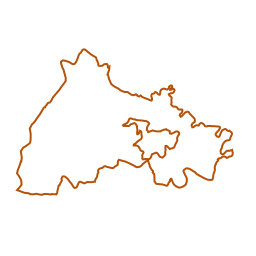 outline of Fayyum, Al Fayyum, Egypt, rotated 185°
{"feature_id": "37247803B48268032297871", "entity_name": "Fayyum", "entity_type": "district", "adm_level": 2, "iso_a3": "EGY", "parent_name": "Egypt", "parent_adm1": "Al Fayyum", "projection": "albers", "projection_center": [30.865, 29.3], "detail": "fine", "context": "isolated", "style": "outline", "palette": "amber", "viewbox_px": 256, "rotation_deg": 185, "n_neighbors": 0, "source": "geoboundaries", "source_scale": "gbopen_adm2", "svg_char_len": 5758}
<svg xmlns="http://www.w3.org/2000/svg" viewBox="0 0 256 256"><g transform="rotate(185 128 128)"><path d="M32.8,115.9L32.7,117.3L32.3,119.4L31.4,121.4L29.8,123.5L27.5,124.5L26.4,124.6L25.5,125.3L25.1,127.4L23.9,130.8L24.1,132.1L24.5,132.6L26.8,134.2L27.8,133.8L28.8,134.1L30.7,135.5L31.7,135.3L34.1,133.8L35.5,130.1L36.1,127.6L37.2,127.0L38.6,127.3L40.1,128.9L40.0,130.3L37.3,133.8L36.4,136.0L36.6,137.0L37.2,137.3L42.2,137.3L44.7,137.1L45.9,137.2L48.7,136.9L49.8,136.4L51.0,136.4L51.5,136.7L52.3,137.8L53.7,138.8L55.1,139.4L55.6,139.4L57.0,138.5L57.8,136.6L60.1,136.7L60.9,136.4L63.0,134.5L64.0,134.3L64.9,136.1L64.6,137.4L63.8,138.4L61.9,140.1L62.3,142.4L62.5,143.1L67.8,147.7L68.8,149.0L69.3,149.3L70.3,149.5L72.4,148.4L75.0,145.0L76.4,143.8L77.6,145.1L77.3,146.3L75.7,148.0L75.3,149.5L75.3,150.5L75.5,151.0L76.2,151.1L79.0,150.8L79.5,151.0L81.1,152.9L82.4,153.4L84.6,153.3L85.4,153.6L86.1,154.1L87.1,155.3L86.8,157.0L87.2,159.3L87.2,161.8L87.5,162.5L88.2,163.1L89.7,164.1L90.3,165.2L88.5,166.3L87.2,166.5L86.5,166.8L85.4,167.9L84.9,169.7L85.5,170.7L86.0,170.8L86.6,170.8L88.4,169.9L89.3,169.7L89.3,170.7L87.4,172.4L88.1,174.1L89.1,174.1L90.2,173.3L90.7,172.8L90.8,171.8L91.3,170.5L92.2,169.8L92.9,169.8L95.1,170.3L96.2,170.3L97.9,169.4L98.4,168.9L99.0,167.4L98.9,165.3L99.3,163.9L100.0,163.9L101.0,164.4L102.2,165.5L103.6,166.3L104.1,166.1L105.0,164.7L107.0,164.0L107.4,163.3L107.6,161.8L106.6,159.4L106.6,158.0L107.1,157.4L108.2,157.5L109.6,158.1L116.3,160.0L118.2,161.5L119.6,160.4L121.1,160.7L121.6,161.0L121.8,161.5L123.0,162.3L123.5,161.8L125.8,161.1L128.0,161.6L131.0,163.5L132.0,163.8L134.7,163.6L136.8,164.2L139.0,164.9L139.7,165.6L141.9,166.8L144.1,167.6L147.1,169.3L148.8,170.7L150.2,173.5L150.9,174.5L152.6,179.4L153.1,179.5L151.8,184.4L151.9,187.4L153.0,186.3L153.3,186.5L153.7,188.8L154.4,189.8L155.6,189.9L157.4,189.3L158.9,187.9L160.8,187.4L162.5,187.5L163.2,188.3L163.2,189.6L164.1,191.3L164.3,192.1L165.0,192.7L165.9,195.4L170.7,197.7L177.7,202.4L178.8,202.5L180.1,201.9L181.6,198.8L182.7,197.9L183.3,196.7L184.6,191.6L185.5,189.3L186.7,187.3L188.0,186.8L189.0,186.9L192.4,188.6L196.3,189.5L198.2,189.7L199.0,189.5L200.4,188.4L200.5,187.9L200.4,186.8L198.7,182.6L197.2,180.2L194.4,172.5L194.2,169.3L196.1,166.1L198.0,163.2L199.6,160.2L205.3,152.2L207.0,148.2L208.1,146.6L210.0,145.9L211.0,144.0L212.1,142.6L212.4,141.4L213.6,141.0L217.1,133.7L218.8,131.1L220.4,128.1L221.8,125.7L224.0,123.2L225.8,118.9L224.4,113.5L224.0,107.7L224.2,105.1L224.6,104.2L228.4,100.9L230.8,99.2L232.7,95.5L231.2,89.1L231.4,85.5L231.7,85.6L232.7,81.2L234.1,76.5L234.6,73.2L232.4,70.6L230.5,67.8L229.6,65.7L229.1,62.2L231.2,58.9L233.1,56.5L225.5,54.4L221.1,54.3L219.6,53.5L218.3,53.7L217.1,53.6L215.8,53.9L215.0,54.0L213.7,54.5L209.8,54.0L208.4,54.0L207.2,54.2L206.6,54.7L203.7,55.2L200.3,55.1L199.9,55.0L198.9,55.0L198.5,55.5L195.3,55.6L194.5,55.8L193.8,55.5L192.9,56.8L192.9,58.3L192.0,64.7L191.2,65.0L190.9,66.2L189.3,69.9L189.9,71.5L189.4,73.0L188.8,74.0L188.0,74.2L186.7,74.1L186.0,73.8L183.4,71.9L182.0,70.1L179.5,67.7L177.4,64.8L176.2,63.7L174.7,63.9L173.9,64.7L172.2,69.6L171.1,70.3L170.3,70.2L167.9,69.3L166.4,69.1L163.8,70.7L162.7,70.6L159.5,70.9L156.9,71.6L156.4,71.5L156.1,72.5L156.0,73.8L154.7,76.3L154.2,80.0L153.6,80.8L154.1,82.6L154.0,83.5L152.9,85.0L149.8,86.2L148.5,87.6L147.5,88.0L145.3,87.4L140.5,86.7L139.2,86.9L138.7,87.3L138.1,88.1L135.1,90.4L135.1,93.5L134.8,94.8L134.3,95.5L127.5,94.3L125.0,93.5L117.7,90.6L117.2,90.1L115.2,89.7L113.2,90.3L112.4,90.8L111.6,91.5L109.9,93.7L108.0,95.4L107.2,96.4L105.9,96.9L105.0,96.7L103.9,94.2L103.4,93.4L102.8,91.4L100.7,88.4L99.7,87.7L99.2,87.1L99.2,86.4L99.5,85.9L98.6,84.8L98.3,84.8L97.8,84.4L96.9,77.0L95.5,75.3L94.5,74.8L88.8,74.8L84.3,73.8L83.8,74.2L82.9,75.9L82.8,77.0L81.5,78.7L81.7,79.7L81.0,81.1L80.6,81.2L80.3,81.1L78.3,77.0L77.4,75.9L76.6,75.2L75.4,74.4L72.9,73.2L71.5,73.1L69.7,73.6L67.8,74.7L66.0,76.1L65.5,76.8L64.8,79.6L64.9,82.4L65.1,82.9L65.8,84.4L67.5,87.0L69.0,89.9L68.7,91.0L66.6,92.8L65.7,93.0L63.1,92.7L57.0,89.6L56.0,88.5L55.1,87.9L47.5,84.5L43.9,83.4L40.4,83.5L39.5,83.8L39.0,85.6L38.8,89.6L37.9,92.9L37.8,94.1L38.2,96.2L38.0,97.7L37.6,99.4L37.3,99.7L37.0,101.0L36.5,102.1L35.7,102.9L35.3,104.2L35.8,104.6L35.3,105.4L32.9,106.2L32.2,106.7L31.7,107.3L30.8,107.9L29.6,108.1L27.6,107.3L27.1,106.8L26.6,106.9L24.5,108.4L23.3,108.6L21.7,109.7L21.4,112.2L22.4,115.3L25.0,114.0L26.2,114.2L27.8,113.6L30.4,110.5L31.5,110.0L32.2,110.1L33.4,111.1L33.8,113.6L33.5,114.7L33.0,115.8L32.8,115.9ZM111.1,98.8L111.1,100.4L111.5,102.2L110.4,104.8L110.8,105.9L112.3,106.2L113.3,106.7L115.9,110.5L117.8,111.3L120.8,111.1L120.8,112.0L119.0,113.4L117.4,115.3L114.0,118.2L113.6,119.1L113.4,120.4L114.0,122.4L114.4,125.3L115.3,126.1L116.0,126.3L116.7,123.6L117.5,122.6L118.2,122.6L118.5,123.4L118.5,127.0L119.4,131.0L120.7,132.7L122.0,133.5L125.6,131.9L126.9,130.4L127.4,130.0L132.8,129.7L133.2,130.2L132.5,131.0L129.9,132.4L129.3,133.1L128.2,134.6L127.8,136.5L127.3,137.3L126.1,137.9L123.1,137.1L121.6,137.2L121.1,136.9L119.6,136.6L114.7,136.7L112.8,136.5L110.7,136.5L109.0,135.9L107.3,134.5L107.3,134.1L108.7,131.3L109.1,129.8L109.1,127.8L108.2,126.9L107.5,125.6L103.4,127.7L99.9,127.1L95.6,127.4L94.0,128.5L92.0,129.4L91.2,129.7L90.4,129.8L90.0,130.2L89.2,129.6L86.2,128.6L85.8,126.3L84.6,126.0L83.0,126.7L79.7,128.8L77.9,128.8L76.9,127.9L76.4,126.6L77.0,125.2L77.6,124.4L78.2,122.4L77.8,119.7L79.6,115.2L80.3,112.7L81.8,112.0L82.1,111.7L84.6,110.7L87.2,113.1L88.3,113.6L89.0,113.4L89.1,111.4L88.9,111.3L88.7,109.9L88.8,106.5L88.4,105.3L89.2,103.6L90.6,101.9L91.1,101.6L91.6,101.6L93.4,102.0L95.1,103.6L95.3,104.1L96.3,105.2L97.4,105.9L98.0,105.8L101.8,103.9L102.8,100.4L103.4,99.5L104.9,98.3L105.2,98.8L107.6,98.7L110.4,98.0L111.1,98.8Z" fill="none" stroke="#b45309" stroke-width="2"/></g></svg>